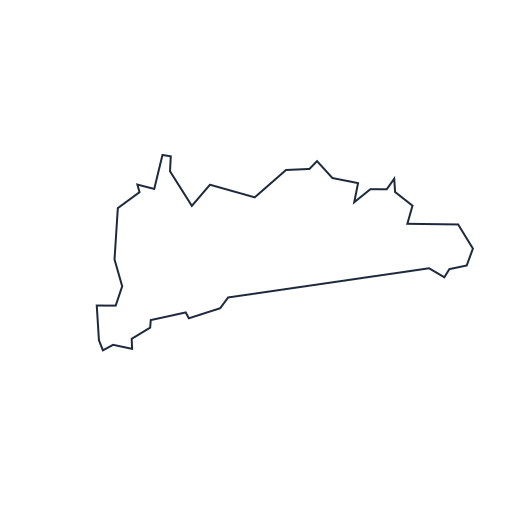 the district of Kisela Voda, Aerodrom, North Macedonia, rotated 142°
{"feature_id": "65306769B41644037603367", "entity_name": "Kisela Voda", "entity_type": "district", "adm_level": 2, "iso_a3": "MKD", "parent_name": "North Macedonia", "parent_adm1": "Aerodrom", "projection": "natural_earth1", "projection_center": [21.486, 41.95], "detail": "fine", "context": "isolated", "style": "outline", "palette": "slate", "viewbox_px": 512, "rotation_deg": 142, "n_neighbors": 0, "source": "geoboundaries", "source_scale": "gbopen_adm2", "svg_char_len": 690}
<svg xmlns="http://www.w3.org/2000/svg" viewBox="0 0 512 512"><g transform="rotate(142 256 256)"><path d="M120.7,123.3L111.7,126.6L95.8,118.8L80.5,128.3L77.3,156.4L116.9,188.2L101.7,199.3L107.0,220.8L99.5,231.8L111.9,228.1L124.7,238.2L145.5,237.9L130.7,250.6L147.8,270.4L149.5,293.2L160.3,291.7L179.4,305.3L220.9,303.0L248.4,340.5L275.7,335.0L271.6,375.7L261.8,387.0L267.5,393.2L294.9,371.5L305.5,385.3L308.5,378.0L335.4,378.8L369.6,340.4L380.1,314.5L397.1,303.3L412.0,315.0L431.7,286.2L434.7,275.9L423.3,274.0L410.8,259.1L404.9,267.3L383.5,264.7L378.4,270.3L346.1,254.8L347.3,248.3L316.4,236.9L303.5,240.5L127.2,139.8L120.7,123.3Z" fill="none" stroke="#1e293b" stroke-width="2"/></g></svg>